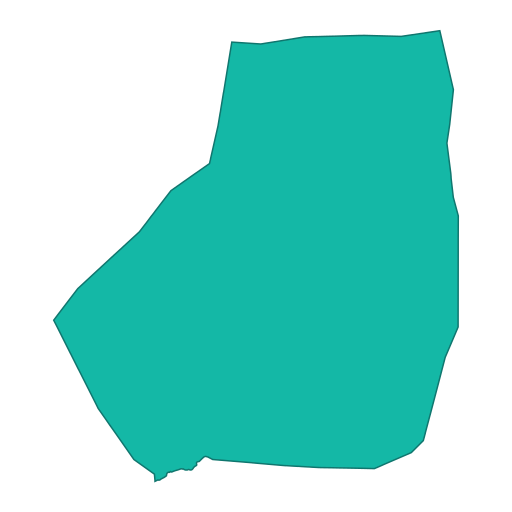 No'mrog, Dzavhan, Mongolia
{"feature_id": "93677404B73621846071454", "entity_name": "No'mrog", "entity_type": "district", "adm_level": 2, "iso_a3": "MNG", "parent_name": "Mongolia", "parent_adm1": "Dzavhan", "projection": "mercator", "projection_center": [96.871, 48.889], "detail": "fine", "context": "isolated", "style": "filled", "palette": "teal", "viewbox_px": 512, "rotation_deg": 0, "n_neighbors": 0, "source": "geoboundaries", "source_scale": "gbopen_adm2", "svg_char_len": 3297}
<svg xmlns="http://www.w3.org/2000/svg" viewBox="0 0 512 512"><path d="M231.8,42.1L223.6,92.4L223.5,92.6L220.7,109.7L220.7,109.9L220.3,112.5L220.2,112.7L218.0,126.0L210.6,158.6L210.5,159.4L210.0,161.4L209.8,162.4L209.5,163.6L189.3,177.7L188.8,178.1L185.2,180.6L171.0,190.6L159.5,205.5L159.1,206.1L155.3,211.0L154.3,212.4L152.5,214.7L152.4,214.9L151.7,215.7L151.3,216.2L145.6,223.8L145.1,224.4L139.4,231.8L123.3,246.6L120.9,248.9L120.6,249.1L110.1,258.7L109.4,259.4L98.1,269.8L77.8,288.6L69.5,299.4L58.3,314.1L53.7,320.2L57.2,327.0L70.5,353.5L70.7,353.8L78.5,369.4L78.6,369.5L95.2,402.4L96.7,405.4L98.2,408.5L99.9,410.9L106.0,419.6L110.2,425.7L110.3,425.7L110.3,425.8L116.1,434.0L133.9,459.5L154.2,474.0L154.4,474.1L155.0,480.6L155.0,481.3L155.2,481.2L155.5,481.1L155.9,480.9L156.8,480.5L157.3,480.1L157.9,480.0L158.0,480.0L158.4,480.1L159.1,480.1L159.7,480.0L160.1,479.8L160.3,479.6L160.5,479.5L160.8,479.2L161.1,479.0L161.5,478.8L162.4,478.3L162.8,478.1L164.0,477.5L165.2,476.7L165.6,476.4L165.9,476.2L166.4,475.8L166.6,475.0L166.7,474.2L166.8,473.5L167.1,473.2L167.4,472.9L167.8,472.5L168.4,472.2L168.6,472.2L168.8,472.3L169.0,472.4L169.4,472.3L169.5,472.3L169.7,472.2L169.9,472.0L170.0,471.7L170.4,471.5L170.7,471.6L170.8,471.7L171.0,471.9L171.2,472.0L171.5,472.0L172.0,471.9L172.3,471.8L172.9,471.5L173.3,471.4L173.9,471.1L174.0,471.1L175.1,470.7L178.2,469.8L180.0,469.2L180.5,469.0L180.9,468.8L181.3,468.8L181.5,468.8L181.8,468.9L181.9,469.0L182.3,469.1L182.6,469.0L182.8,469.0L183.1,468.9L183.6,469.1L184.1,469.5L184.6,469.7L185.6,470.0L186.6,470.0L187.6,469.9L188.1,469.6L188.6,469.5L189.0,469.5L189.6,469.8L190.3,470.0L191.3,469.9L191.7,469.8L191.8,469.7L192.0,469.6L192.5,469.1L193.0,468.6L193.5,467.7L194.1,467.1L194.5,466.7L194.8,466.4L195.7,465.9L196.4,465.5L196.5,465.4L196.7,465.0L196.7,464.6L196.6,464.3L196.6,464.1L196.5,463.6L196.5,463.1L196.5,462.7L196.7,462.4L197.2,461.9L197.3,461.9L197.8,461.7L198.3,461.6L198.9,461.6L199.4,461.3L200.5,460.2L201.3,459.4L202.2,458.5L202.9,457.9L203.3,457.5L203.6,457.2L204.5,456.7L205.0,456.5L205.3,456.4L206.0,456.5L206.8,456.7L207.6,456.9L207.9,457.0L212.7,459.5L228.5,460.8L251.7,462.7L252.3,462.8L254.7,463.0L257.9,463.3L284.6,465.6L287.4,465.7L288.7,465.8L289.1,465.8L290.1,465.9L297.3,466.3L298.0,466.3L300.1,466.4L300.8,466.5L307.9,466.9L308.5,466.9L309.9,467.0L311.2,467.1L318.5,467.5L321.5,467.6L322.3,467.6L329.4,467.7L330.1,467.7L339.7,467.9L340.4,467.9L345.5,468.0L346.3,468.0L357.2,468.2L357.3,468.2L361.8,468.3L362.3,468.3L374.4,468.6L376.2,467.8L376.8,467.6L378.1,467.0L379.3,466.5L383.1,464.8L383.5,464.6L411.3,452.6L423.3,440.6L424.5,436.2L424.8,434.9L425.2,433.6L425.3,432.9L430.0,415.2L430.1,414.9L438.5,383.0L438.7,382.2L445.2,357.3L455.4,333.4L458.1,327.0L458.1,322.4L458.2,254.3L458.2,250.9L458.2,250.5L458.2,245.0L458.2,244.9L458.2,243.7L458.2,243.1L458.2,242.4L458.2,241.8L458.2,239.3L458.2,238.8L458.3,215.9L453.3,197.3L451.1,178.2L451.0,175.7L450.9,175.4L450.9,174.6L450.8,173.6L450.7,172.7L446.9,143.1L449.7,124.5L453.4,89.7L439.8,30.7L401.2,36.4L363.4,35.4L362.0,35.5L361.8,35.5L358.7,35.5L341.3,36.0L341.2,36.0L334.7,36.2L334.0,36.2L325.5,36.4L318.3,36.6L317.8,36.6L307.7,36.8L306.4,36.9L305.4,36.9L304.7,36.9L267.8,42.9L266.9,43.0L260.8,44.0L231.8,42.1Z" fill="#14b8a6" stroke="#0f766e" stroke-width="1.5"/></svg>